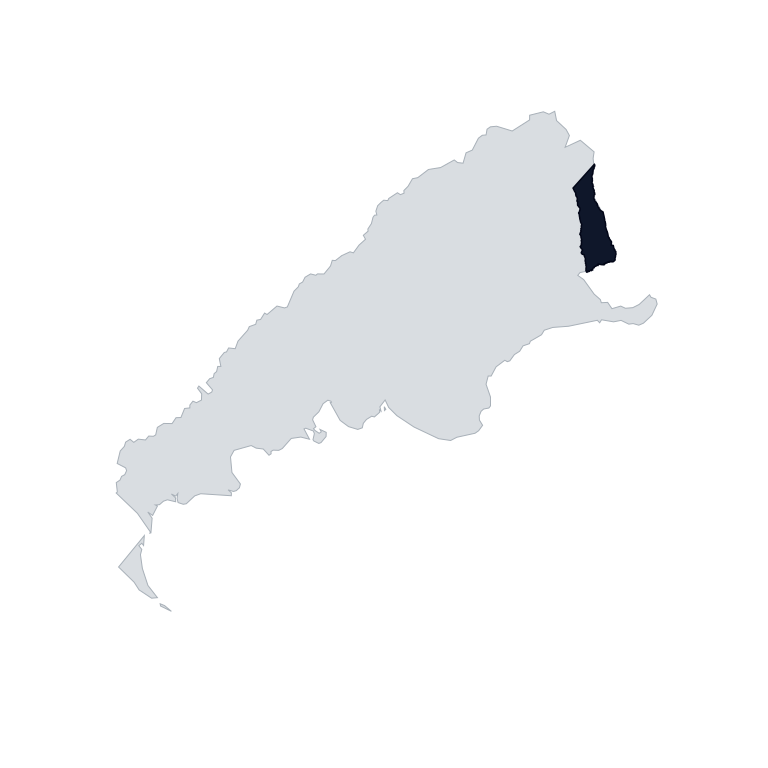 where Formosa sits in Argentina, rotated 42°
{"feature_id": "ARG-1307", "entity_name": "Formosa", "entity_type": "Province", "adm_level": 1, "iso_a3": "ARG", "parent_name": "Argentina", "parent_adm1": "", "projection": "robinson", "projection_center": [-59.89, -24.679], "detail": "fine", "context": "in_parent", "style": "filled", "palette": "ink", "viewbox_px": 768, "rotation_deg": 42, "n_neighbors": 0, "source": "natural_earth", "source_scale": "10m", "svg_char_len": 9152}
<svg xmlns="http://www.w3.org/2000/svg" viewBox="0 0 768 768"><g transform="rotate(42 384 384)"><path d="M471.5,229.1L467.1,236.8L468.1,242.0L464.1,254.3L465.1,256.7L461.8,262.6L462.9,268.9L461.2,274.9L462.0,282.6L460.7,284.9L457.9,285.5L455.8,296.2L458.3,306.4L456.1,308.4L460.0,315.9L471.8,322.4L477.8,329.0L478.0,331.7L474.8,335.9L474.4,339.3L476.1,344.0L479.1,347.0L484.9,348.7L485.6,355.4L484.6,359.7L473.8,374.8L471.3,381.4L461.2,388.1L435.1,395.9L414.8,398.9L403.2,398.3L395.5,395.1L396.2,403.7L400.0,406.2L398.0,406.3L399.7,407.9L398.9,414.9L396.4,416.2L394.7,422.0L394.9,427.0L397.2,431.1L394.9,435.3L386.2,439.4L375.8,440.4L356.5,433.8L357.2,432.7L356.2,432.3L353.1,433.6L351.9,439.4L354.2,448.2L353.7,455.9L354.9,458.4L362.0,461.3L361.5,464.4L363.9,464.7L368.8,464.0L369.4,461.5L366.8,460.6L373.4,458.6L376.1,461.8L376.4,469.7L375.3,471.8L370.0,473.3L368.5,472.9L365.4,467.4L362.9,466.2L355.4,469.2L354.6,470.9L365.6,474.9L357.7,479.1L351.5,486.5L351.6,500.0L350.2,503.7L345.9,507.3L345.2,509.8L346.8,511.4L346.2,513.9L337.8,513.1L331.9,517.2L326.5,518.6L317.0,533.6L318.7,540.9L330.2,551.5L344.2,554.4L346.0,557.9L345.6,562.1L344.0,564.6L339.0,567.0L343.4,567.0L345.3,569.2L321.2,588.2L318.2,593.8L317.2,605.3L315.3,607.7L310.3,609.9L306.8,607.5L304.0,603.3L304.2,606.7L299.6,608.0L305.2,608.1L308.0,610.9L300.5,615.0L298.5,618.7L297.9,623.9L295.0,626.9L297.3,626.3L300.0,636.5L294.1,637.2L301.5,638.9L310.4,650.6L309.8,651.5L309.4,650.3L287.3,645.1L257.9,644.2L258.1,642.7L251.0,636.4L252.1,632.0L250.8,628.2L252.0,624.8L250.7,620.6L248.1,619.2L238.9,621.6L232.8,610.3L232.8,604.1L230.9,600.1L232.3,595.0L237.1,594.8L238.3,589.4L244.2,585.2L244.0,580.1L247.6,577.2L248.4,574.6L244.6,567.9L246.7,560.7L253.0,555.2L252.0,548.2L255.5,544.8L252.2,535.6L255.7,531.7L253.8,529.5L253.5,524.6L257.1,523.4L259.1,518.1L255.1,513.3L248.2,511.9L247.8,509.4L260.0,509.2L261.4,505.3L260.5,503.1L251.1,501.9L250.9,496.7L252.8,493.3L250.8,489.9L251.3,486.8L248.7,482.2L251.0,480.1L244.6,475.3L244.2,467.5L245.5,465.5L244.4,461.2L249.8,457.3L246.8,449.8L246.7,435.3L245.5,431.5L248.7,425.5L246.8,421.6L249.1,418.6L247.8,411.2L250.6,410.6L252.3,397.7L259.2,394.0L260.6,391.4L255.0,375.2L255.3,369.1L254.1,366.3L255.3,362.7L253.9,357.5L255.8,351.3L260.6,348.8L260.9,346.7L265.8,342.4L265.3,332.1L262.8,326.7L265.3,324.8L266.7,316.8L270.3,308.5L273.5,307.0L272.5,297.5L273.4,288.8L269.1,287.3L269.9,281.1L268.3,279.6L267.3,273.2L264.3,267.5L264.0,264.9L265.6,263.2L262.3,261.0L260.0,255.7L260.3,250.9L260.8,247.6L264.1,245.2L263.4,242.9L266.0,232.9L269.5,232.3L271.2,228.8L269.3,226.9L269.6,221.0L267.8,212.4L271.0,208.1L273.5,194.8L281.2,185.3L286.3,170.5L290.5,170.2L295.0,167.0L290.3,157.3L293.1,151.1L289.7,138.2L290.6,133.4L293.2,130.6L290.1,125.7L291.0,121.7L295.2,117.1L310.0,110.2L315.5,90.3L312.4,86.8L320.3,75.1L326.1,73.1L328.4,67.1L336.0,72.8L349.0,73.0L355.5,75.3L360.2,86.9L366.8,71.5L384.8,70.9L388.5,76.5L395.4,82.7L400.2,91.4L415.1,104.8L434.1,111.4L445.8,120.4L459.5,128.1L466.2,129.8L471.4,135.2L472.6,139.2L469.5,142.3L467.2,148.3L463.6,151.7L462.0,155.5L462.2,160.3L455.1,170.0L455.3,173.6L462.5,172.8L480.0,176.6L488.3,176.5L491.1,178.2L495.6,173.7L503.0,175.5L507.8,167.7L512.7,166.2L517.8,160.8L520.4,154.1L521.6,140.0L524.4,140.9L529.2,139.0L533.5,141.8L537.1,153.7L536.1,165.2L534.0,169.8L528.7,172.4L525.9,175.7L517.6,178.1L513.0,184.2L502.7,190.7L503.3,194.2L499.9,193.9L482.5,217.6L471.5,229.1ZM309.2,697.6L307.3,657.0L313.4,664.9L310.6,664.4L310.0,668.2L314.7,669.0L317.2,673.8L327.9,682.8L343.4,691.7L358.6,694.4L354.6,698.7L339.8,700.9L331.0,698.5L309.2,697.6ZM364.7,697.1L369.2,695.5L378.1,695.2L366.5,698.5L364.7,697.1ZM402.3,401.6L402.1,403.4L399.4,400.7L402.3,401.6Z" fill="#d9dde1" stroke="#a8b0b8" stroke-width="1"/><path d="M393.3,80.0L393.8,80.1L394.2,80.3L394.2,80.7L394.3,80.8L394.6,80.9L394.9,81.3L395.1,81.7L395.0,82.0L394.7,82.3L394.7,82.6L395.0,82.8L395.4,83.0L395.7,83.0L395.8,83.2L395.7,83.7L395.7,83.9L396.0,84.1L395.8,84.6L396.1,84.8L396.4,85.4L396.9,85.9L397.0,86.4L397.2,86.5L397.3,86.6L397.5,86.8L397.6,87.0L398.1,87.6L398.4,88.0L398.7,88.7L398.9,89.0L398.8,89.6L398.9,89.8L399.1,90.2L399.7,90.9L401.6,92.1L401.7,92.3L402.1,92.8L402.3,93.0L402.7,93.3L402.8,93.4L403.1,93.8L403.2,94.1L403.2,94.4L403.3,94.8L403.7,95.0L403.9,95.2L404.2,95.5L404.3,95.6L404.5,95.7L405.3,95.7L405.6,95.8L406.4,96.8L406.6,96.8L407.1,96.9L406.9,97.3L406.9,97.5L407.2,97.7L407.3,98.1L407.5,98.2L407.8,98.2L408.1,98.3L408.4,98.4L409.0,98.9L409.3,99.0L409.6,99.0L410.7,99.5L410.9,99.8L411.0,100.1L411.1,100.3L411.6,100.5L411.9,100.9L412.1,101.0L412.7,101.0L413.3,101.7L413.6,101.8L413.8,102.0L413.9,102.3L413.8,102.8L413.7,103.1L413.8,103.3L414.1,103.8L414.6,104.1L414.8,104.4L415.0,104.8L415.1,105.1L415.4,105.6L415.6,105.8L416.1,106.1L416.7,105.9L417.3,106.3L417.9,106.8L418.4,107.1L418.7,107.1L420.2,107.1L420.3,107.1L420.7,107.4L420.8,107.5L421.8,107.5L422.3,107.7L422.4,107.8L422.7,108.5L422.8,108.5L423.4,108.5L423.7,108.7L424.2,109.1L425.3,109.3L425.9,109.3L426.0,109.3L426.5,109.8L426.9,109.9L427.4,109.9L428.7,110.1L429.9,110.0L430.3,109.9L431.1,109.6L431.5,109.6L431.8,109.7L437.7,113.9L438.4,114.6L438.7,115.0L438.8,115.1L439.0,115.2L439.4,115.3L439.7,115.4L440.0,115.5L440.5,116.0L441.2,116.4L441.3,116.5L441.4,116.9L441.9,117.1L442.5,117.7L442.7,117.9L443.0,118.6L443.3,119.0L443.8,119.2L444.0,119.4L444.4,119.6L444.8,119.9L445.5,120.2L446.0,120.5L446.4,120.7L447.0,121.1L447.3,121.2L447.7,121.3L447.9,121.4L448.4,121.8L448.9,122.0L452.1,124.5L452.4,124.6L453.3,124.7L453.5,124.7L453.8,124.9L453.9,125.0L454.0,125.2L457.7,126.0L458.0,126.2L458.2,126.4L458.6,127.0L459.7,128.3L459.9,128.6L460.1,128.8L460.3,128.7L460.7,128.5L461.2,127.9L461.5,127.7L461.8,127.7L463.3,128.8L463.5,129.1L464.8,129.7L465.3,129.7L465.5,129.7L465.6,129.9L465.8,130.3L466.0,130.4L467.3,130.4L467.7,130.5L467.9,130.7L468.6,131.6L468.9,131.8L469.4,132.1L469.6,132.4L470.1,133.6L470.4,134.1L470.9,134.5L471.4,135.8L471.4,136.1L472.5,136.9L472.7,137.2L472.8,137.4L472.8,137.7L472.6,139.4L472.5,139.8L472.3,140.0L472.1,140.0L471.9,140.2L471.8,140.6L471.7,140.7L471.5,140.8L471.0,140.7L470.8,141.4L470.6,141.5L470.1,141.5L469.7,141.6L469.5,141.8L469.2,142.4L469.3,142.6L469.8,142.8L469.3,143.4L469.0,143.6L468.7,143.7L468.4,143.9L468.5,144.3L468.7,144.9L468.5,145.2L468.2,145.4L467.9,145.6L467.5,145.8L467.5,146.0L467.9,146.2L467.9,146.4L467.7,146.8L467.1,147.3L467.0,147.6L467.8,147.8L467.8,148.1L467.5,148.4L465.6,149.9L465.1,150.2L464.0,150.6L463.8,150.8L463.7,151.5L463.5,151.9L463.4,152.1L463.2,151.8L462.9,151.7L463.0,152.0L463.6,152.5L463.7,152.8L463.4,153.0L463.0,153.2L462.7,153.3L462.6,153.7L462.7,154.3L462.6,154.6L462.5,154.9L462.0,155.9L461.9,156.3L461.9,156.5L462.3,156.9L462.3,157.1L462.0,157.3L461.8,158.4L461.9,158.7L461.9,158.8L462.3,159.1L462.7,159.6L462.2,160.0L462.4,160.6L462.3,160.9L462.1,160.9L461.6,160.8L461.5,160.7L461.4,160.9L461.3,161.3L461.3,162.8L461.2,162.9L460.9,162.9L460.6,163.0L460.8,163.6L460.6,163.8L460.0,163.7L459.7,163.8L459.5,164.2L459.7,164.5L460.0,164.7L460.1,165.1L459.9,165.2L459.6,165.3L459.2,165.1L459.1,164.9L459.2,164.7L458.8,164.5L458.5,164.6L458.3,164.6L457.8,164.3L457.7,164.1L457.5,163.6L456.5,162.7L456.4,162.5L456.2,161.9L456.0,161.6L454.6,160.7L454.3,160.3L454.0,159.8L453.7,159.7L453.2,159.7L452.3,158.6L451.5,158.2L451.1,157.9L450.7,157.4L450.4,156.9L450.0,156.3L449.6,156.0L449.2,155.7L447.3,154.9L446.7,154.4L446.4,154.0L446.3,153.9L446.2,153.9L445.8,154.1L445.4,154.5L445.0,154.6L444.5,154.9L444.2,154.9L443.6,154.7L443.2,154.7L442.8,154.5L442.5,154.0L442.5,153.8L442.5,153.6L442.2,153.0L442.1,152.7L442.0,152.2L442.1,151.9L441.9,151.7L441.4,151.4L441.2,151.4L440.6,151.3L440.0,151.2L439.5,151.2L438.6,150.8L438.4,150.8L438.2,150.8L437.9,150.7L437.8,150.4L437.8,149.7L437.7,148.4L437.4,148.4L437.2,148.3L436.1,146.6L435.5,146.0L434.7,145.6L434.6,145.3L434.6,144.8L434.5,144.6L433.8,144.2L433.3,143.9L433.2,143.8L433.0,143.5L432.8,143.3L432.1,143.1L431.9,142.9L431.8,142.5L431.8,142.4L431.7,142.3L431.1,142.2L430.8,142.0L430.2,141.8L429.9,141.6L429.6,141.8L429.4,141.7L429.2,141.4L429.1,140.9L428.7,140.2L428.6,139.7L428.4,139.4L428.5,139.1L428.6,138.9L428.5,138.7L428.4,138.5L428.4,138.4L428.1,138.3L427.6,138.3L427.5,138.2L427.4,137.9L427.3,137.5L427.3,137.4L426.6,137.0L426.5,136.9L426.7,136.7L426.3,135.9L426.2,135.7L425.8,135.5L425.3,135.0L424.6,134.1L424.5,133.8L424.3,133.3L424.0,132.9L423.6,132.7L423.1,132.7L422.5,132.3L421.7,132.1L421.1,131.6L419.5,130.5L419.0,130.3L418.4,129.6L417.9,129.2L417.6,129.1L415.1,126.9L414.7,127.0L414.4,126.8L414.1,126.5L414.0,126.2L414.0,125.8L414.1,125.5L413.4,124.3L413.3,124.1L413.3,123.6L413.2,123.5L413.0,123.4L412.9,123.3L412.4,122.6L412.2,122.4L411.4,122.0L410.1,122.0L409.8,121.9L409.2,121.6L408.7,121.7L408.3,121.6L407.4,120.7L407.2,120.4L406.5,119.8L406.3,119.5L406.3,119.1L406.2,118.9L405.9,118.8L405.6,118.9L405.1,118.8L404.9,118.9L404.1,117.5L404.0,117.2L403.9,117.1L403.3,116.7L402.8,116.1L402.6,116.1L401.9,116.0L401.3,115.8L401.0,115.8L400.7,115.7L400.1,115.1L399.3,114.6L399.1,114.4L399.0,114.2L398.9,114.0L398.6,113.7L398.2,113.6L397.0,113.4L393.4,111.9L393.3,80.0Z" fill="#0f172a" stroke="#020617" stroke-width="1.5"/></g></svg>